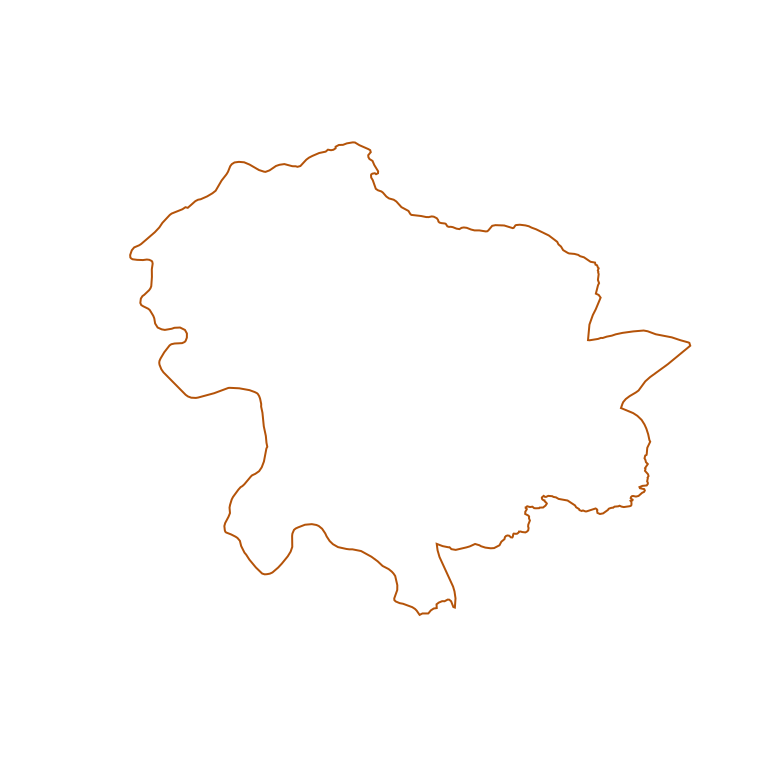 Maputsoe, Leribe, Lesotho (orthographic projection), rotated 289°
{"feature_id": "5366337B94933282431909", "entity_name": "Maputsoe", "entity_type": "district", "adm_level": 2, "iso_a3": "LSO", "parent_name": "Lesotho", "parent_adm1": "Leribe", "projection": "orthographic", "projection_center": [27.931, -28.897], "detail": "fine", "context": "isolated", "style": "outline", "palette": "amber", "viewbox_px": 768, "rotation_deg": 289, "n_neighbors": 0, "source": "geoboundaries", "source_scale": "gbopen_adm2", "svg_char_len": 6154}
<svg xmlns="http://www.w3.org/2000/svg" viewBox="0 0 768 768"><g transform="rotate(289 384 384)"><path d="M567.5,544.0L566.8,539.5L568.9,531.8L568.7,527.8L569.3,525.6L569.0,521.7L567.7,516.5L567.8,515.0L568.9,509.8L571.6,506.6L572.8,503.5L574.8,501.5L578.1,491.5L579.8,477.5L579.9,472.6L580.3,469.6L580.0,466.1L578.8,460.5L577.3,457.2L576.7,456.6L573.9,455.8L573.3,455.0L573.0,446.0L570.5,437.7L568.8,434.8L563.3,432.7L562.1,432.0L561.4,430.6L560.3,424.3L558.7,419.5L558.4,416.0L558.6,411.4L558.0,408.5L556.9,406.5L555.0,404.9L554.5,402.0L554.7,398.0L554.4,396.0L553.7,394.2L553.7,392.6L555.5,390.3L555.6,389.4L554.8,385.8L554.7,383.9L555.3,382.6L556.6,381.8L557.9,380.0L558.4,376.6L558.0,374.6L556.3,371.8L555.6,369.6L554.9,364.3L552.8,354.8L553.4,353.4L555.6,350.8L556.9,342.9L560.6,336.2L561.4,333.2L561.1,328.3L562.0,325.2L564.6,320.7L565.2,318.9L565.2,315.2L565.9,312.7L573.1,307.0L575.0,304.7L577.1,303.8L578.0,303.7L579.1,304.5L580.3,306.7L579.8,308.2L581.3,309.7L583.2,309.2L587.9,303.5L591.2,300.5L592.0,297.0L593.4,295.4L595.2,294.6L598.9,296.0L600.6,294.8L601.0,292.8L601.8,283.0L602.9,277.9L602.3,275.8L599.4,270.5L596.8,267.4L595.3,263.5L592.6,261.0L591.1,261.5L589.0,259.9L587.8,257.8L587.3,254.7L584.7,253.2L581.3,247.5L576.4,242.1L573.6,239.4L570.8,237.5L562.9,234.0L561.2,231.5L561.1,229.6L560.1,226.5L559.5,218.2L557.3,213.9L555.0,210.9L548.7,206.2L546.0,202.9L545.7,201.4L545.6,196.1L547.7,185.5L548.1,179.6L546.8,174.5L544.8,170.5L542.3,168.5L539.9,167.7L533.8,167.4L531.0,166.8L523.5,164.2L511.9,161.9L508.5,159.7L503.8,155.7L499.0,150.5L497.7,148.2L495.5,146.1L486.7,141.1L486.5,138.7L483.6,136.5L476.0,127.7L474.1,126.4L464.2,122.0L458.9,120.6L452.9,117.9L437.3,108.8L435.4,107.3L431.8,103.3L428.3,102.0L423.3,102.0L421.0,103.0L420.4,104.1L420.1,105.7L421.0,110.1L422.7,115.7L424.5,119.3L425.0,121.7L424.7,124.3L424.0,125.2L422.4,126.1L416.9,127.1L409.7,129.7L400.7,132.1L398.4,132.0L396.3,131.4L390.3,128.3L388.5,127.0L385.6,126.3L381.3,127.2L379.6,128.8L379.1,131.0L378.4,136.5L377.7,138.4L373.4,143.6L371.3,145.4L366.7,147.9L363.7,151.6L363.3,156.0L363.8,159.2L367.2,165.4L368.9,167.5L371.0,172.8L370.3,178.2L367.6,181.2L363.7,182.5L360.3,182.4L358.8,181.8L356.9,179.8L354.1,172.8L352.4,170.0L350.7,168.7L342.5,165.9L335.3,164.4L332.7,164.2L330.8,164.6L329.1,165.5L325.4,168.7L323.2,171.7L309.2,200.0L308.4,202.7L308.3,206.2L309.6,210.7L310.7,212.7L320.0,226.4L329.6,238.1L330.2,239.5L332.8,248.5L334.4,258.8L334.3,264.4L334.0,266.7L333.6,267.8L332.0,269.8L329.8,271.6L325.1,274.4L322.6,275.2L317.3,278.4L304.9,284.1L296.4,289.2L290.2,292.0L286.6,294.1L284.8,293.8L271.6,295.7L265.4,295.5L260.9,294.3L257.2,291.6L254.7,289.0L253.1,288.2L243.7,284.6L241.3,283.3L239.8,282.0L236.7,280.7L228.0,278.0L225.2,277.6L219.5,277.8L216.8,278.2L211.8,280.4L207.8,280.2L200.9,279.1L197.7,279.3L193.9,281.1L192.7,282.0L192.2,283.1L192.0,288.4L191.3,293.4L190.7,295.6L188.8,298.8L184.3,301.7L179.1,307.0L177.8,309.2L174.1,313.9L168.8,322.6L165.1,330.5L165.2,333.2L166.1,335.3L167.5,337.8L169.5,339.9L176.0,343.7L181.0,345.9L189.7,349.1L195.1,350.3L200.1,350.3L210.4,346.6L212.7,346.1L216.8,346.4L218.7,347.6L220.5,349.5L225.2,355.1L228.0,361.4L228.7,366.0L228.5,368.5L227.0,372.6L223.6,377.1L221.2,379.4L217.8,383.8L215.9,387.9L214.8,393.6L215.8,402.2L216.4,405.1L217.4,408.0L218.6,416.7L216.6,428.3L214.3,435.7L211.5,441.9L210.5,448.7L209.1,452.5L207.9,454.7L206.1,457.1L198.1,462.1L193.5,463.6L184.6,463.5L183.0,464.2L182.2,465.9L181.9,470.2L182.4,473.5L182.2,483.4L181.4,486.6L180.4,488.6L177.3,492.8L179.5,495.0L181.5,500.6L185.2,502.0L187.9,504.1L189.3,506.8L192.8,505.4L195.2,507.0L197.6,509.7L198.3,512.0L200.9,514.4L201.3,515.9L200.4,518.2L195.7,522.2L195.7,523.8L204.6,521.4L210.8,518.2L214.9,515.3L238.5,492.8L244.2,488.8L250.0,485.9L249.8,492.2L250.6,498.2L251.0,499.1L249.8,501.5L250.5,505.8L256.4,515.2L258.4,518.0L262.4,522.2L262.6,526.8L262.2,528.5L262.3,533.0L263.4,538.4L264.7,541.5L269.1,545.7L273.1,546.3L276.5,548.4L278.6,548.2L280.1,548.9L281.0,550.1L281.3,551.7L280.3,554.0L280.7,555.3L281.6,555.5L284.1,555.1L284.8,555.4L285.3,557.6L286.0,558.8L287.8,559.8L288.4,559.7L289.0,561.3L289.0,562.8L289.7,566.0L290.8,567.1L292.5,568.0L294.9,567.6L296.1,566.7L298.0,566.2L302.4,566.4L304.1,564.9L306.0,564.3L306.6,563.2L307.1,559.8L309.2,559.2L312.0,559.8L312.5,559.5L312.9,558.3L313.5,558.1L313.8,558.6L315.0,559.2L315.2,562.1L316.3,564.3L315.5,566.4L315.9,568.0L317.1,571.1L317.8,571.4L319.0,574.6L321.6,576.3L323.9,576.9L324.6,576.1L325.4,574.1L326.2,573.7L326.1,572.4L326.5,571.2L327.3,570.5L328.1,570.2L330.2,571.4L329.7,573.0L330.1,574.1L331.7,575.7L332.7,579.7L332.4,580.9L332.8,583.6L332.2,586.5L333.6,595.5L331.4,604.1L330.0,605.8L329.3,609.0L328.4,609.9L328.3,612.3L329.2,613.3L329.1,615.8L329.5,617.0L335.2,624.6L335.0,625.7L334.2,626.8L333.5,626.7L331.6,627.8L331.4,630.5L333.0,633.3L337.8,636.7L339.2,637.1L340.3,638.4L341.4,640.1L341.5,640.8L343.1,641.9L344.6,645.3L345.6,646.4L345.4,648.4L345.7,650.8L348.5,656.2L349.3,657.1L350.1,657.3L351.3,657.0L353.2,656.2L353.7,655.3L354.9,656.8L355.6,656.7L355.9,654.9L356.3,654.4L357.6,654.4L358.6,654.9L359.2,655.9L359.6,658.9L361.0,661.1L365.2,663.5L366.6,665.0L368.2,665.3L369.3,664.3L368.8,659.9L369.7,659.1L371.8,661.5L373.6,665.4L375.5,666.0L376.7,665.5L377.6,664.5L380.8,664.1L381.2,663.7L383.0,664.1L383.7,663.7L384.7,662.9L386.9,659.0L388.9,658.9L389.4,658.2L394.2,659.5L395.4,657.1L397.3,655.9L398.6,654.5L401.4,654.3L402.4,655.3L403.4,655.2L409.4,653.7L416.1,654.5L417.4,653.2L422.4,650.2L427.2,646.6L430.5,643.5L433.9,639.3L436.4,633.9L437.6,629.1L438.4,615.9L443.0,615.9L444.9,616.1L448.5,617.5L452.5,620.2L458.0,624.9L460.7,626.8L471.6,630.2L477.1,633.3L495.1,645.9L519.9,661.1L522.3,659.3L522.4,658.3L521.9,650.1L521.8,640.9L519.5,624.8L519.7,616.1L519.1,612.1L514.9,602.6L510.0,592.9L506.4,586.9L503.9,583.7L501.3,579.2L498.7,575.8L498.2,574.1L496.3,571.7L492.3,564.2L491.9,562.6L507.1,558.9L517.2,559.0L523.6,559.9L536.2,560.7L538.1,558.0L538.4,554.9L547.1,554.2L549.4,554.5L552.0,552.4L557.8,551.2L559.1,550.2L559.8,550.2L560.9,549.2L563.3,549.3L563.5,548.6L565.6,546.8L565.7,545.1L567.5,544.0Z" fill="none" stroke="#b45309" stroke-width="2"/></g></svg>